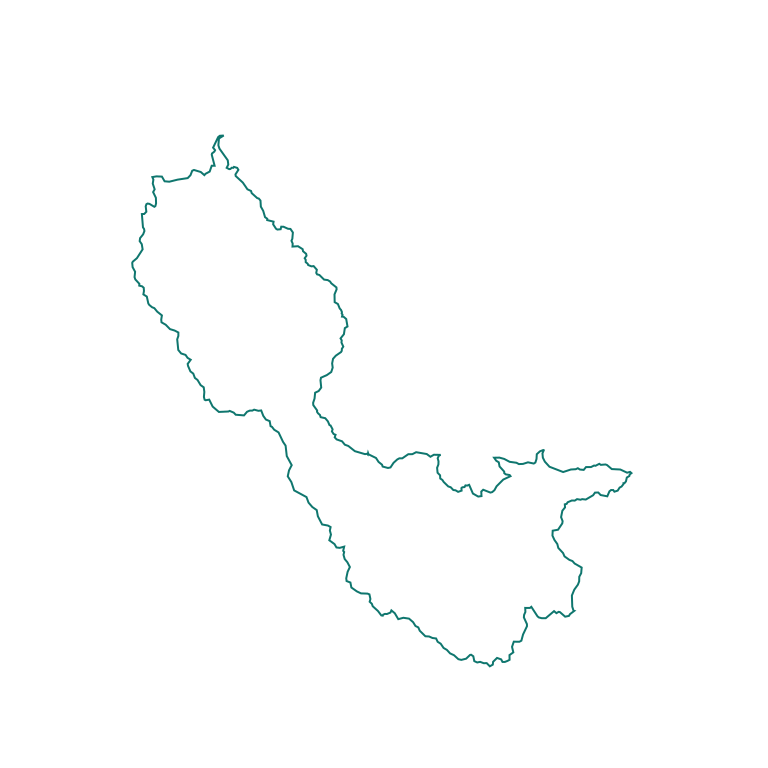 the district of Loja, Loja, Ecuador, rotated 147°
{"feature_id": "8360857B45302823884127", "entity_name": "Loja", "entity_type": "district", "adm_level": 2, "iso_a3": "ECU", "parent_name": "Ecuador", "parent_adm1": "Loja", "projection": "orthographic", "projection_center": [-79.286, -4.091], "detail": "fine", "context": "isolated", "style": "outline", "palette": "teal", "viewbox_px": 768, "rotation_deg": 147, "n_neighbors": 0, "source": "geoboundaries", "source_scale": "gbopen_adm2", "svg_char_len": 6124}
<svg xmlns="http://www.w3.org/2000/svg" viewBox="0 0 768 768"><g transform="rotate(147 384 384)"><path d="M383.3,452.1L380.3,459.1L381.3,462.5L382.5,463.4L381.0,464.8L381.1,466.2L380.1,467.2L379.7,469.5L380.0,471.5L379.1,476.2L380.8,479.5L376.7,486.1L372.2,489.2L371.3,490.9L373.4,497.2L373.4,499.3L374.6,501.8L377.4,504.2L378.8,510.6L380.4,512.4L380.3,514.1L378.1,516.4L378.8,521.2L380.8,522.2L382.8,525.1L382.5,526.5L383.3,528.8L382.0,530.9L382.0,532.7L379.1,533.8L378.4,535.6L379.6,539.4L378.8,541.4L381.1,546.4L385.9,549.1L384.1,551.5L383.6,554.5L381.8,555.7L377.9,560.7L378.0,565.0L380.0,566.5L382.6,570.6L384.5,571.9L386.4,570.1L389.3,571.6L390.0,573.0L390.0,578.3L388.2,580.3L392.7,585.1L391.9,586.2L392.9,588.7L391.0,595.0L390.7,599.8L387.7,605.1L388.0,607.7L389.1,609.0L391.0,616.1L390.4,618.3L392.5,621.7L392.7,629.8L395.1,639.2L394.4,640.7L389.5,642.9L389.4,645.2L391.6,647.8L392.7,647.4L393.9,648.3L395.7,648.0L396.8,648.5L398.2,651.0L395.1,652.8L393.2,656.7L393.8,671.0L392.9,674.4L388.7,679.8L383.1,679.7L386.5,681.6L388.6,681.4L398.6,675.3L398.3,672.1L399.7,671.3L402.7,671.0L403.6,670.1L407.2,659.3L409.6,660.9L414.5,657.1L419.2,657.5L420.9,657.0L422.2,661.6L426.8,667.0L428.7,667.3L432.6,664.5L436.5,663.6L445.8,667.8L453.9,670.6L457.6,673.5L457.3,678.9L461.8,682.1L465.6,683.7L466.1,681.0L468.8,678.0L470.3,672.2L473.1,670.7L473.9,664.4L476.8,659.6L478.9,657.7L480.1,657.7L482.6,662.8L484.0,664.1L485.3,664.2L487.1,662.8L489.5,657.9L492.5,657.2L494.5,658.4L500.8,646.7L500.8,644.7L501.6,642.8L504.5,640.7L509.1,639.2L511.1,636.9L511.0,633.2L513.1,628.4L522.7,624.1L528.1,623.4L529.2,622.7L531.2,618.9L531.6,613.7L535.0,609.5L535.6,607.1L534.6,601.3L535.7,599.8L533.7,597.7L533.1,595.6L534.6,592.8L537.0,590.2L535.3,586.5L537.8,579.9L537.8,578.2L536.7,574.7L535.3,572.7L534.8,568.2L532.9,562.5L535.8,559.3L537.0,556.9L534.8,552.6L533.6,546.6L530.5,542.9L528.4,539.2L530.3,536.3L533.1,534.1L538.0,524.6L537.5,520.1L534.6,516.5L534.5,512.9L532.9,509.6L537.7,507.8L538.5,505.9L539.5,500.0L538.3,496.6L539.3,492.1L538.2,489.0L538.4,482.9L537.0,479.4L539.0,475.2L542.1,471.2L543.0,468.5L542.4,467.5L539.1,466.1L540.0,458.4L537.7,450.5L529.5,445.7L528.1,445.5L525.6,441.8L525.1,439.0L518.5,433.9L514.0,435.3L511.1,434.8L508.9,433.4L506.9,433.2L503.9,429.9L501.4,428.7L502.6,423.0L502.4,418.5L500.1,415.1L502.1,410.4L501.3,409.1L501.0,405.5L498.8,400.8L500.2,390.4L500.1,385.9L504.8,376.5L505.6,366.2L510.7,363.3L515.0,359.0L515.1,352.2L517.3,343.7L510.6,331.4L511.9,325.6L511.1,319.8L509.1,314.9L511.5,309.1L512.4,299.9L508.1,295.8L506.7,293.1L509.2,290.6L510.5,286.6L515.0,282.7L512.7,276.7L512.9,272.8L510.4,270.7L506.0,269.3L509.1,266.3L508.9,264.8L511.0,262.8L512.3,258.6L511.8,254.5L512.3,249.1L516.8,246.3L521.5,241.6L522.7,239.1L520.3,235.8L522.2,231.1L519.7,224.8L517.3,220.9L512.0,217.2L510.8,215.5L512.5,211.1L514.6,209.2L513.9,206.3L514.5,203.8L512.7,196.9L512.3,191.4L511.2,190.4L510.4,191.0L508.5,190.7L506.8,189.5L503.1,188.8L501.1,190.1L499.8,185.9L500.1,179.0L495.1,177.4L490.8,173.6L489.3,168.4L489.4,163.9L487.8,161.2L488.4,157.6L486.7,149.9L483.7,147.7L481.7,144.6L478.9,142.2L479.4,138.6L477.9,135.3L477.8,130.2L476.1,126.8L475.3,122.1L473.0,118.4L471.5,112.7L469.4,110.5L464.7,108.9L459.4,109.9L458.4,109.5L457.4,107.0L459.2,102.4L457.5,99.7L454.7,98.6L452.4,95.5L449.9,94.0L449.0,89.6L445.6,89.4L443.8,91.6L438.4,92.7L435.7,89.2L436.0,86.4L434.1,85.1L431.2,84.5L428.9,84.3L426.4,88.3L421.7,88.5L419.8,93.8L415.5,97.2L410.8,94.1L408.6,93.9L403.8,98.2L396.0,103.0L394.9,104.8L393.8,112.1L392.2,114.1L389.6,115.8L387.5,119.3L383.6,116.7L381.8,116.9L381.8,105.6L381.3,103.9L379.2,101.6L375.9,99.5L365.1,100.9L364.2,97.9L361.6,97.8L360.7,96.9L358.8,90.2L355.2,88.8L353.3,89.7L348.0,90.1L348.5,90.7L347.4,94.7L341.6,104.3L336.4,107.9L330.7,110.1L327.8,112.2L325.2,116.0L321.7,117.9L318.2,122.4L321.9,129.6L322.4,132.9L324.3,135.5L326.5,141.1L325.9,144.7L327.1,151.6L325.8,155.4L326.0,160.3L325.3,165.1L322.4,169.1L317.4,167.0L310.4,170.0L308.9,171.7L308.0,175.9L303.4,180.6L299.4,181.9L297.9,184.6L296.1,184.0L294.4,184.8L289.9,184.0L287.5,182.3L284.8,182.3L282.2,179.9L280.5,179.5L277.7,177.2L269.2,176.8L266.2,178.0L263.4,176.3L262.8,172.9L257.9,168.2L253.4,171.2L251.3,171.4L249.5,170.2L249.4,168.2L246.1,167.3L242.8,168.8L240.7,168.6L237.7,169.6L237.2,170.4L236.2,169.9L234.2,170.5L231.3,173.3L228.4,173.2L227.2,174.3L225.0,174.5L225.5,176.3L228.4,177.2L232.4,183.6L239.3,188.6L241.1,194.6L242.1,195.9L246.2,198.1L246.9,199.8L251.1,200.2L252.2,201.2L255.6,201.6L259.8,204.3L263.3,203.2L266.3,205.6L267.3,207.8L269.6,208.1L273.8,210.5L281.7,212.6L290.3,224.5L291.4,231.3L290.9,235.7L288.9,239.5L286.1,241.4L286.4,241.9L289.9,242.6L294.1,241.9L296.9,238.1L299.8,235.7L301.7,235.7L305.9,239.9L311.0,241.3L314.5,243.4L315.8,245.8L321.0,250.3L324.0,255.7L327.3,259.4L331.8,262.2L331.7,258.6L330.4,255.8L332.0,251.9L330.9,245.1L331.7,243.7L331.1,241.9L328.2,239.2L328.1,237.8L336.0,238.9L345.3,236.9L349.2,234.8L352.1,234.4L353.9,235.0L358.4,241.3L361.0,240.8L363.3,236.9L366.3,238.3L369.1,243.7L367.5,253.1L369.6,253.5L370.9,254.6L372.6,253.7L374.6,254.7L375.8,254.5L377.0,252.3L380.6,253.2L381.9,255.9L383.6,257.3L384.3,261.1L385.9,263.1L387.3,269.3L387.3,271.8L388.3,274.1L386.7,276.9L387.4,280.4L385.1,284.8L382.2,286.9L380.4,289.5L379.4,292.5L377.0,294.0L375.1,293.7L380.7,297.5L384.7,297.7L386.3,302.0L394.2,309.3L398.4,309.7L401.9,311.9L409.1,311.7L411.6,313.3L414.0,313.5L418.9,312.7L424.0,310.5L426.4,311.4L430.1,315.5L429.6,317.4L431.0,321.6L431.0,326.3L435.3,333.5L435.0,334.7L436.0,333.7L436.2,334.7L438.1,335.5L445.0,343.5L447.7,351.5L449.9,354.4L450.4,358.8L453.9,363.3L454.4,366.1L452.3,367.8L453.5,369.5L453.5,372.6L451.8,374.0L451.4,378.3L452.1,379.2L451.4,383.2L451.9,387.3L455.2,390.7L454.6,392.9L455.3,395.4L455.3,397.2L454.5,398.2L454.8,404.8L453.7,406.8L450.2,409.6L446.5,414.2L442.6,413.7L438.6,415.2L435.2,421.8L433.4,423.6L427.0,422.6L421.7,422.8L418.1,425.7L416.3,429.5L413.0,432.9L409.0,434.0L402.6,434.2L401.4,434.8L400.1,436.5L397.8,437.5L397.1,441.9L395.7,443.6L395.6,445.9L390.5,447.6L386.4,452.2L383.3,452.1Z" fill="none" stroke="#0f766e" stroke-width="2"/></g></svg>